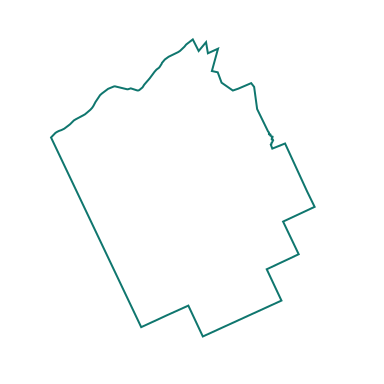 the district of Lincoln, Missouri, United States of America, rotated 244°
{"feature_id": "52423323B2117474870364", "entity_name": "Lincoln", "entity_type": "district", "adm_level": 2, "iso_a3": "USA", "parent_name": "United States of America", "parent_adm1": "Missouri", "projection": "albers", "projection_center": [-90.857, 39.049], "detail": "fine", "context": "isolated", "style": "outline", "palette": "teal", "viewbox_px": 384, "rotation_deg": 244, "n_neighbors": 0, "source": "geoboundaries", "source_scale": "gbopen_adm2", "svg_char_len": 1617}
<svg xmlns="http://www.w3.org/2000/svg" viewBox="0 0 384 384"><g transform="rotate(244 192 192)"><path d="M55.2,224.8L89.8,225.3L89.3,260.6L125.5,260.9L124.9,295.7L142.1,295.7L194.8,296.9L195.8,283.2L200.0,283.6L200.1,284.2L200.4,284.4L200.8,284.5L201.1,284.8L201.2,285.0L201.2,285.3L201.3,285.5L201.6,285.9L201.7,286.0L202.1,286.4L202.2,286.7L202.4,286.9L202.8,287.2L203.0,287.6L203.7,287.6L203.8,287.3L204.0,287.1L204.1,286.8L204.3,286.7L204.5,286.8L204.8,287.1L205.1,287.2L205.5,287.4L205.9,287.7L205.8,288.1L206.1,288.5L206.3,288.6L206.6,288.1L206.8,288.0L207.1,288.0L207.3,287.7L207.6,287.6L208.2,287.4L208.5,287.1L208.9,287.2L209.0,287.4L209.2,287.7L209.4,287.7L209.6,287.6L209.9,287.3L209.9,287.0L209.9,286.7L210.1,286.5L210.3,286.5L210.5,286.7L211.1,286.9L211.3,287.1L211.5,287.2L212.1,287.2L212.4,287.1L212.9,286.9L213.1,286.9L238.0,286.9L259.2,293.9L263.9,292.9L264.6,278.8L265.3,273.2L277.3,266.5L288.3,267.6L292.0,262.9L309.4,278.2L309.7,267.1L320.5,270.3L315.8,259.8L328.8,259.6L327.1,251.4L325.9,248.9L324.1,243.2L323.8,241.0L323.8,230.3L323.0,225.7L321.2,221.6L320.5,220.9L319.9,219.9L318.6,217.8L318.1,216.6L317.6,213.8L316.5,211.1L312.7,203.8L309.4,196.1L307.7,193.4L306.7,189.2L306.8,188.3L307.2,187.4L312.0,182.4L312.4,179.5L312.8,178.7L320.8,169.0L321.1,168.0L321.5,161.8L320.0,154.1L319.3,151.7L318.5,150.4L315.2,144.7L312.7,141.3L311.5,139.3L310.5,136.8L309.3,132.2L308.7,129.7L308.3,119.3L308.1,117.2L306.3,112.0L304.9,104.9L304.9,101.7L305.2,99.4L305.2,97.2L305.0,95.2L302.8,89.2L92.8,87.1L92.2,115.4L91.5,138.9L57.4,138.4L55.2,224.8Z" fill="none" stroke="#0f766e" stroke-width="2"/></g></svg>